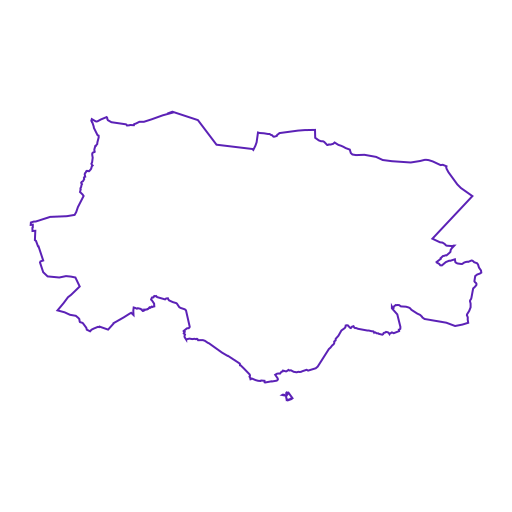 outline of Zamora, Michoacán, Mexico
{"feature_id": "50627088B36959720964142", "entity_name": "Zamora", "entity_type": "district", "adm_level": 2, "iso_a3": "MEX", "parent_name": "Mexico", "parent_adm1": "Michoacán", "projection": "mercator", "projection_center": [-102.276, 20.024], "detail": "fine", "context": "isolated", "style": "outline", "palette": "violet", "viewbox_px": 512, "rotation_deg": 0, "n_neighbors": 0, "source": "geoboundaries", "source_scale": "gbopen_adm2", "svg_char_len": 6016}
<svg xmlns="http://www.w3.org/2000/svg" viewBox="0 0 512 512"><path d="M216.5,144.7L197.9,120.1L172.4,111.7L169.7,112.7L170.9,113.1L162.8,115.3L151.7,119.3L143.9,121.8L139.4,121.8L135.8,123.6L134.2,124.1L133.9,125.2L130.1,125.0L129.3,125.3L127.0,125.5L126.4,124.6L125.8,124.3L111.4,122.2L107.9,120.2L107.4,119.3L107.2,117.9L106.6,117.1L101.0,119.4L97.7,121.2L96.7,121.5L95.9,121.4L94.9,120.9L91.8,119.1L91.3,120.8L91.9,121.6L92.0,122.3L92.4,122.6L92.9,124.1L93.7,126.5L93.9,127.9L97.5,135.1L98.6,135.6L98.7,137.3L97.4,142.3L97.2,144.1L96.1,145.3L95.8,146.0L95.3,146.0L94.4,149.2L94.3,150.0L94.7,151.7L94.6,152.0L93.2,152.4L92.3,153.3L92.2,154.7L92.7,157.7L92.1,162.3L91.4,163.8L92.1,165.1L92.6,165.5L91.8,166.3L91.2,168.6L90.7,169.4L89.1,171.2L88.5,171.2L87.8,170.9L87.2,171.1L86.8,170.9L86.3,171.2L85.7,172.6L85.0,173.2L84.9,173.5L84.7,174.3L85.2,176.7L84.5,176.9L84.1,177.5L83.9,177.9L84.2,179.1L82.9,181.3L81.7,181.9L81.2,182.7L81.3,183.2L82.0,184.1L81.5,185.0L81.1,187.1L80.5,188.1L80.4,189.0L80.7,189.3L80.0,192.0L82.6,194.5L83.6,196.0L77.9,207.1L76.2,212.1L74.6,214.9L66.8,216.2L50.1,216.9L35.8,221.5L33.7,221.6L30.9,222.5L30.7,224.9L32.8,224.7L32.8,227.4L32.4,227.8L32.5,231.0L35.3,230.8L34.9,240.1L36.0,240.9L38.0,246.3L38.5,246.3L43.2,260.5L40.5,261.4L40.0,262.5L43.2,272.2L47.6,276.4L59.3,277.5L66.0,276.1L71.0,276.6L75.4,277.5L79.7,286.5L71.0,294.9L68.0,297.2L63.6,303.1L57.5,310.4L64.6,312.3L70.0,314.8L75.8,315.8L78.4,318.0L79.3,319.1L79.7,321.6L80.0,322.1L82.3,322.8L82.9,323.2L86.3,327.8L86.8,329.7L90.1,331.3L91.5,329.7L93.7,328.6L97.8,326.9L99.2,327.1L99.5,326.6L108.1,329.6L113.5,323.6L113.5,323.2L123.7,317.4L129.7,313.6L131.2,312.8L133.5,315.0L133.3,310.7L133.7,307.5L135.7,308.1L136.5,308.6L137.0,308.7L137.8,308.2L140.7,308.9L142.8,311.0L143.7,310.8L144.5,310.1L145.3,309.8L145.0,309.6L147.0,309.5L147.4,309.0L148.0,309.0L149.1,307.8L149.3,308.1L150.0,307.9L149.9,307.5L150.1,307.2L151.0,307.3L151.8,306.6L152.5,307.0L153.0,306.7L154.3,306.4L154.1,303.6L152.0,300.5L151.1,299.6L151.3,298.9L152.0,297.5L153.4,297.4L153.9,296.3L154.7,296.0L155.1,296.3L156.1,296.0L157.1,297.1L165.1,299.4L166.1,298.5L167.9,298.3L168.2,299.2L169.1,300.4L172.8,302.1L176.2,303.1L176.9,303.6L179.3,307.2L180.8,308.0L184.8,309.3L186.0,310.4L189.7,326.7L189.5,327.4L188.7,328.2L187.0,328.3L183.6,331.0L183.7,331.5L184.7,331.9L184.5,332.5L183.8,333.5L185.0,334.5L184.5,336.1L184.5,336.6L184.7,337.3L186.2,339.6L186.2,339.4L189.4,338.6L192.3,339.1L194.5,338.8L196.0,339.2L196.9,338.8L197.5,339.1L198.1,340.2L202.8,340.1L204.9,340.8L207.8,342.8L209.0,343.3L222.0,352.6L227.6,355.9L227.9,355.8L239.8,363.6L240.0,365.2L240.5,365.2L243.8,368.4L249.7,374.5L250.0,375.8L249.5,376.7L250.1,377.6L250.5,379.3L250.9,379.2L251.8,378.5L255.6,380.1L258.1,380.8L260.6,381.0L261.1,380.5L264.5,380.8L264.6,382.3L265.1,382.5L271.6,381.3L271.8,381.5L276.5,380.7L277.3,380.3L277.9,379.4L277.7,378.4L275.2,374.8L276.8,373.8L278.2,373.5L280.0,373.6L281.5,371.7L282.6,371.5L283.0,370.6L286.0,371.4L286.5,371.3L288.5,369.9L289.3,370.5L290.9,370.3L293.7,371.8L296.7,372.3L298.3,371.8L299.8,372.0L301.1,371.8L302.4,371.2L306.6,369.8L308.1,370.6L315.7,368.3L317.7,366.6L328.9,349.0L330.5,347.6L332.2,345.4L333.6,344.3L334.3,342.9L334.2,341.5L335.6,340.4L335.7,338.8L338.4,335.8L341.4,330.5L344.7,328.1L345.4,327.1L345.7,325.5L346.2,325.5L346.9,325.2L348.2,325.6L348.5,326.2L350.4,328.0L350.8,328.1L352.0,326.7L353.5,326.2L354.2,327.5L355.1,328.1L356.0,328.0L358.0,328.8L367.2,330.5L368.7,330.5L371.5,331.2L373.4,331.4L373.6,331.6L374.1,332.6L374.3,332.4L375.3,332.4L376.7,333.3L378.4,333.4L378.7,333.8L382.3,334.7L383.2,334.1L383.5,333.2L383.8,332.9L385.3,332.5L386.0,331.9L387.9,332.3L388.8,333.1L389.5,334.1L389.8,333.4L390.7,333.2L391.9,332.4L393.7,333.2L399.1,331.1L398.9,329.8L399.2,329.8L400.3,328.8L400.4,326.9L397.3,314.4L391.9,308.3L391.9,306.5L392.8,308.1L393.2,308.3L393.5,308.2L393.6,307.3L394.1,306.3L395.8,305.0L396.7,305.2L397.4,305.0L399.1,305.1L400.9,306.4L406.0,306.7L408.7,307.5L410.0,308.2L411.4,309.8L417.3,313.6L420.1,314.9L422.0,316.7L422.3,317.4L424.6,319.0L446.3,322.7L455.1,326.0L462.3,324.6L468.2,322.8L467.7,319.5L467.8,317.7L467.5,316.5L466.9,315.4L467.0,314.4L469.2,310.9L470.6,307.3L470.6,303.6L470.0,301.2L470.1,300.4L471.1,298.9L471.4,297.9L473.1,288.7L473.6,287.9L474.2,287.6L476.3,285.2L476.5,284.0L476.1,283.1L474.9,282.1L474.4,281.2L475.2,276.1L477.2,274.5L479.8,273.6L481.3,272.6L481.0,270.5L479.0,267.6L478.0,264.5L477.0,263.2L474.1,262.2L473.4,261.4L472.4,260.7L471.5,260.5L468.1,261.9L467.3,261.7L465.4,262.1L463.9,262.7L462.3,263.9L461.4,264.0L457.7,263.5L456.4,263.0L455.3,262.0L454.9,259.3L450.2,260.8L449.2,260.7L445.8,262.1L441.9,265.4L440.3,265.3L439.2,263.9L436.7,262.5L436.5,262.1L440.8,258.8L440.6,258.2L443.0,256.0L444.4,255.8L445.4,255.3L446.5,255.4L449.4,252.9L450.4,251.9L450.7,249.9L451.8,248.2L454.3,245.6L453.6,245.6L452.9,245.9L452.8,246.3L452.0,246.1L451.8,246.3L451.2,246.0L446.8,245.7L445.9,245.3L444.7,244.0L442.5,242.6L440.0,242.3L432.4,238.7L472.4,196.1L460.9,188.0L457.3,184.4L448.5,172.3L446.6,168.8L446.2,167.4L446.5,166.3L442.8,164.8L440.6,165.1L432.7,161.4L428.6,160.1L426.0,159.8L424.5,159.9L420.1,161.0L410.7,162.5L391.9,161.2L382.7,160.0L376.1,156.9L364.4,154.8L356.0,155.1L352.4,154.5L350.8,153.0L349.8,149.6L345.7,148.1L343.4,146.8L340.9,145.7L338.4,144.9L334.6,142.5L333.2,143.8L330.8,144.5L329.8,144.6L329.0,144.4L327.8,145.0L327.2,145.0L324.2,141.9L323.1,141.3L320.9,141.2L318.8,140.4L315.2,137.8L315.0,129.9L304.5,130.1L298.0,130.6L279.4,133.1L278.4,134.1L277.3,134.7L276.8,135.9L274.3,136.7L273.5,136.7L271.9,135.1L271.1,135.0L269.6,134.0L268.0,134.0L264.0,133.3L259.6,133.0L258.0,132.5L256.6,142.3L255.4,145.7L253.3,149.9L252.4,149.0L216.5,144.7ZM288.2,392.9L286.7,392.4L286.2,393.1L287.5,394.3L286.6,395.5L285.7,395.6L285.5,395.2L283.5,394.7L282.7,394.7L282.2,395.0L285.7,395.7L286.2,396.4L286.2,397.8L286.4,398.1L286.7,400.0L287.8,399.6L288.0,400.3L291.1,399.2L290.7,398.7L292.4,398.1L288.5,392.7L288.2,392.9Z" fill="none" stroke="#5b21b6" stroke-width="2"/></svg>